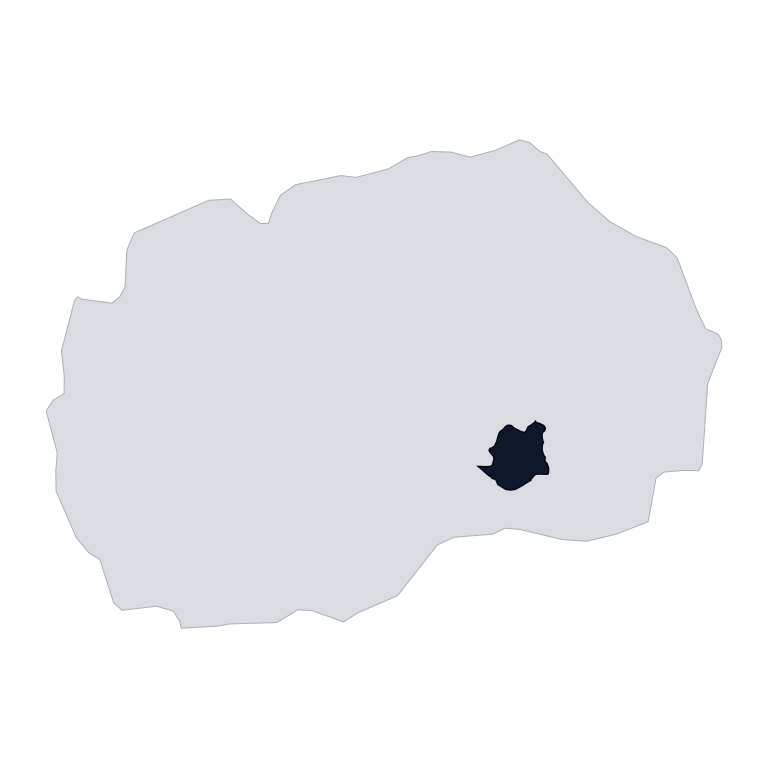 where Demir Kapija sits in North Macedonia
{"feature_id": "MKD-2927", "entity_name": "Demir Kapija", "entity_type": "Statistical Region", "adm_level": 1, "iso_a3": "MKD", "parent_name": "North Macedonia", "parent_adm1": "", "projection": "robinson", "projection_center": [22.23, 41.383], "detail": "fine", "context": "in_parent", "style": "filled", "palette": "ink", "viewbox_px": 768, "rotation_deg": 0, "n_neighbors": 0, "source": "natural_earth", "source_scale": "10m", "svg_char_len": 2352}
<svg xmlns="http://www.w3.org/2000/svg" viewBox="0 0 768 768"><path d="M341.3,175.6L356.0,177.4L387.9,169.1L407.7,157.6L417.8,155.9L431.3,151.5L450.6,152.1L470.2,157.1L495.1,150.5L519.6,139.8L529.4,142.5L540.1,151.6L547.1,154.1L587.7,202.3L610.0,221.8L636.3,236.6L666.3,247.5L677.1,257.8L696.3,309.1L705.6,328.6L718.3,334.4L721.4,340.0L721.9,347.4L707.7,383.5L702.2,464.3L698.6,470.7L683.6,470.4L663.7,472.1L656.1,478.3L648.1,521.8L616.1,534.2L586.9,541.2L562.3,539.6L519.1,529.3L505.0,528.2L492.9,534.1L454.4,537.2L437.4,544.8L397.6,595.6L357.2,613.2L343.5,622.0L312.7,610.8L298.0,609.7L276.6,622.6L229.8,623.9L217.2,626.2L181.2,628.2L179.7,621.2L173.1,611.0L156.3,606.2L122.0,610.3L113.7,602.8L99.9,559.6L88.9,552.7L76.6,538.2L56.1,491.3L55.8,470.8L57.3,452.9L46.1,410.8L53.3,400.2L64.1,393.5L64.3,376.5L61.5,350.8L74.5,300.3L78.0,296.7L81.3,299.1L111.9,303.1L119.9,296.7L125.0,286.8L126.9,249.8L134.4,232.8L208.8,200.3L230.6,199.1L247.3,214.0L260.5,223.6L268.4,223.3L271.4,213.7L280.4,195.2L295.7,184.6L340.9,175.6L341.3,175.6Z" fill="#d9dde1" stroke="#a8b0b8" stroke-width="1"/><path d="M523.5,432.3L524.9,432.3L525.8,431.5L526.8,430.1L527.4,428.3L528.2,426.9L529.4,426.0L531.4,425.0L534.3,422.6L535.6,421.2L536.3,422.8L538.7,423.1L541.9,424.6L544.0,425.7L545.3,428.2L544.8,430.5L543.2,431.9L542.5,432.5L542.0,434.5L542.1,437.1L542.8,440.9L543.5,442.1L542.7,443.9L542.2,446.2L542.1,449.3L542.5,451.9L544.0,455.8L545.3,457.2L545.0,458.0L544.9,459.8L545.1,461.4L546.5,462.9L547.2,464.0L548.4,467.3L548.6,469.7L548.5,472.5L548.1,473.8L546.8,474.2L544.6,474.2L541.1,474.0L538.0,474.1L535.7,474.2L534.4,475.3L532.5,477.5L530.9,479.4L530.8,480.5L529.2,481.1L521.7,485.9L515.1,489.4L510.7,490.0L505.9,489.4L501.6,486.8L497.8,484.4L496.5,481.0L495.3,479.1L493.6,478.9L492.1,478.2L491.1,477.1L490.2,476.2L489.1,475.8L487.8,474.7L485.2,472.5L480.8,468.5L478.2,466.5L478.6,466.5L480.2,466.4L483.7,466.7L487.8,466.7L490.4,466.3L491.7,465.9L492.5,464.6L493.0,462.6L493.5,461.0L493.9,459.1L493.9,457.7L493.2,455.9L491.4,453.9L489.8,451.8L489.1,450.4L489.4,449.4L490.4,448.2L491.7,448.1L493.4,446.9L494.6,445.9L495.6,443.9L496.7,441.6L497.7,437.7L499.0,433.4L500.2,431.5L502.9,429.6L505.7,426.4L507.6,425.3L510.0,425.3L511.5,425.7L513.0,427.1L514.3,428.2L517.0,429.6L519.3,430.7L521.1,431.6L523.5,432.3Z" fill="#0f172a" stroke="#020617" stroke-width="1.5"/></svg>